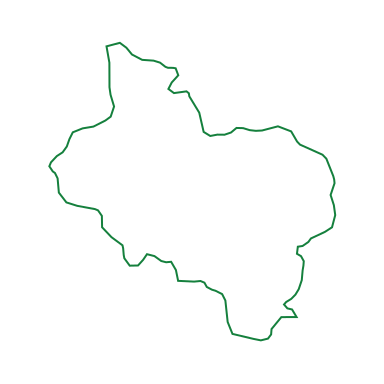 SVG path tracing the border of Manisa, rotated 12°
{"feature_id": "TUR-2277", "entity_name": "Manisa", "entity_type": "Province", "adm_level": 1, "iso_a3": "TUR", "parent_name": "Turkey", "parent_adm1": "", "projection": "natural_earth1", "projection_center": [28.179, 38.758], "detail": "fine", "context": "isolated", "style": "outline", "palette": "green", "viewbox_px": 384, "rotation_deg": 12, "n_neighbors": 0, "source": "natural_earth", "source_scale": "10m", "svg_char_len": 1538}
<svg xmlns="http://www.w3.org/2000/svg" viewBox="0 0 384 384"><g transform="rotate(12 192 192)"><path d="M276.4,112.1L284.3,120.8L287.8,123.2L311.9,128.4L316.5,131.5L326.9,147.1L328.5,150.3L329.6,153.8L328.2,166.1L333.5,175.4L336.9,184.8L336.3,197.4L330.4,203.3L318.0,212.7L316.2,216.7L311.4,221.8L306.9,223.5L307.5,230.6L312.0,232.1L315.7,236.4L316.3,240.9L316.5,245.6L317.7,255.4L316.6,264.9L314.5,270.9L311.3,275.9L307.0,280.0L305.4,282.9L309.5,286.0L314.3,286.1L320.3,292.6L305.4,295.8L298.3,309.5L299.0,314.9L296.8,319.6L290.2,322.8L282.9,322.9L261.1,322.4L253.9,311.7L247.2,291.2L242.7,285.6L235.5,283.7L231.8,283.4L226.2,281.8L223.0,278.1L218.8,277.3L212.7,279.2L196.9,281.8L192.5,271.7L186.1,264.6L181.3,266.1L176.3,265.9L168.6,262.5L160.9,262.2L158.3,268.5L154.5,275.1L146.4,277.0L139.6,270.9L138.3,267.8L136.4,261.5L135.1,258.6L122.6,252.9L111.4,245.2L108.8,234.1L103.9,229.5L100.6,228.9L82.6,229.4L71.3,228.3L61.9,220.3L57.7,206.6L54.0,201.9L51.5,200.8L47.1,196.5L47.9,192.3L52.3,185.0L57.2,180.1L60.1,173.5L61.1,165.8L63.0,158.4L71.8,152.5L82.0,148.5L92.4,140.1L96.8,135.2L98.0,124.6L92.1,113.8L89.5,106.7L84.3,82.7L78.1,67.3L90.4,61.1L97.8,64.5L104.7,70.0L115.8,73.1L127.1,71.5L133.8,72.1L140.0,75.1L142.6,75.5L147.7,74.5L150.3,74.4L154.3,80.7L149.4,89.1L147.5,96.1L153.8,99.0L165.7,94.7L168.4,96.1L169.5,99.0L182.6,112.9L190.9,130.8L198.2,133.4L204.9,130.6L211.9,129.2L217.8,125.7L222.2,120.1L228.7,118.9L235.6,119.5L241.7,118.9L247.7,117.3L262.4,109.9L276.4,112.1Z" fill="none" stroke="#15803d" stroke-width="2"/></g></svg>